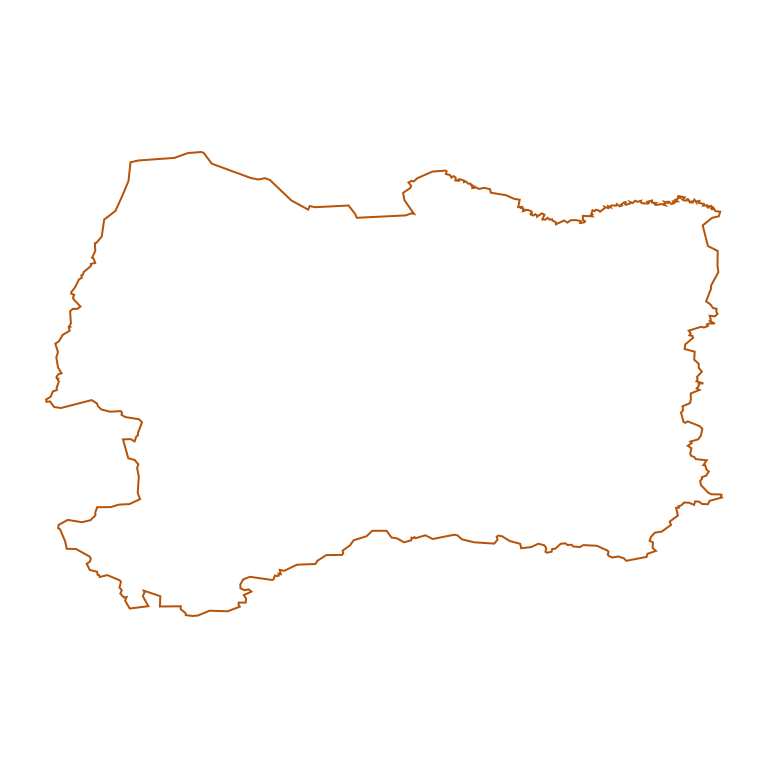 Liezēres pag., Madona, Latvia (Equal Earth projection)
{"feature_id": "27541924B78156453771197", "entity_name": "Liezēres pag.", "entity_type": "district", "adm_level": 2, "iso_a3": "LVA", "parent_name": "Latvia", "parent_adm1": "Madona", "projection": "equal_earth", "projection_center": [26.079, 57.016], "detail": "fine", "context": "isolated", "style": "outline", "palette": "amber", "viewbox_px": 768, "rotation_deg": 0, "n_neighbors": 0, "source": "geoboundaries", "source_scale": "gbopen_adm2", "svg_char_len": 6052}
<svg xmlns="http://www.w3.org/2000/svg" viewBox="0 0 768 768"><path d="M58.1,528.1L60.1,529.3L65.2,541.5L66.7,548.8L76.0,549.0L89.9,556.7L90.8,558.8L89.9,561.7L86.7,563.7L89.8,570.0L97.1,571.7L97.6,574.7L99.2,575.2L99.7,577.0L107.3,575.1L119.9,580.4L120.9,581.9L119.5,587.7L121.8,590.2L120.3,593.7L124.0,597.5L126.6,597.0L125.1,600.6L129.7,608.5L148.4,606.2L142.8,596.1L144.5,592.6L143.7,590.6L160.3,596.2L159.9,606.5L180.8,606.3L180.7,609.2L185.6,613.1L185.7,615.1L192.6,616.0L198.0,615.5L209.5,610.7L227.6,611.3L239.8,606.7L238.6,604.9L238.7,602.6L245.7,602.6L246.0,598.4L243.8,595.1L251.4,591.6L248.7,589.4L244.4,590.2L240.5,588.3L240.3,584.5L243.2,579.4L249.9,576.8L272.3,580.0L273.6,579.2L274.9,575.5L277.1,576.1L278.7,575.6L278.5,573.7L280.8,574.2L279.7,569.9L284.2,570.8L297.0,564.7L315.4,564.0L317.4,560.8L326.3,555.1L342.0,554.9L343.2,553.4L342.7,550.6L350.0,545.4L353.6,540.3L366.6,536.2L372.1,530.8L386.6,530.8L391.5,537.5L397.1,538.4L404.1,542.3L411.0,540.4L411.6,537.7L412.8,538.4L414.5,537.1L415.6,538.2L425.3,535.3L432.7,539.0L454.3,534.7L457.7,535.5L461.8,539.3L474.1,542.3L494.3,543.6L497.5,539.7L496.7,536.7L498.3,535.6L502.1,536.3L509.9,541.1L520.2,543.8L521.2,548.2L531.2,547.1L538.4,543.7L544.5,545.4L546.2,548.2L545.5,551.8L547.1,552.7L551.6,551.7L552.2,549.0L555.3,548.7L560.7,543.8L565.2,543.3L567.6,545.0L571.7,544.8L573.1,546.4L579.8,547.1L583.4,545.1L597.0,545.8L607.5,550.6L608.6,551.9L607.7,554.6L609.1,556.1L612.3,557.5L618.4,556.5L623.9,558.3L626.3,560.8L646.6,556.9L647.5,553.8L655.9,550.9L652.6,547.9L653.0,542.5L649.6,540.7L650.9,537.0L654.7,532.7L661.7,531.6L671.0,524.9L669.7,521.6L677.9,515.5L676.1,507.9L679.0,507.6L678.4,506.2L681.3,505.4L684.1,502.5L688.9,502.7L694.1,504.9L695.1,501.4L699.0,501.6L702.0,504.0L707.9,504.2L709.7,500.8L721.9,497.5L720.9,496.2L721.6,494.9L720.4,494.4L711.6,494.3L708.3,492.8L701.0,485.2L700.1,481.0L702.0,478.9L701.8,477.2L706.1,475.7L708.8,471.5L706.5,469.5L705.1,465.2L703.4,465.1L706.7,460.3L695.8,459.1L694.3,457.1L690.9,455.7L690.2,453.9L691.4,448.2L687.8,445.8L691.7,443.2L690.3,441.6L698.1,439.4L700.8,435.8L702.4,428.9L699.8,426.2L687.7,421.4L685.3,422.8L683.6,422.1L681.0,412.5L683.0,410.4L682.6,406.3L689.9,403.2L690.9,399.6L690.7,393.5L699.5,389.9L696.7,388.4L698.7,386.0L698.6,383.6L703.4,383.4L696.5,381.3L697.6,379.3L697.0,376.9L701.9,371.6L698.8,368.1L698.7,363.8L694.2,359.7L694.7,351.7L684.6,349.0L685.3,344.4L693.1,337.8L692.5,336.0L689.4,335.3L690.7,333.4L688.7,330.7L701.1,326.8L703.9,327.5L707.9,326.0L707.0,324.4L709.7,323.4L714.8,323.6L709.8,320.9L710.8,319.9L709.7,315.7L714.7,316.4L717.5,313.9L716.3,311.5L716.5,308.7L713.0,308.1L710.4,304.4L706.1,301.4L711.1,288.5L710.9,286.0L718.4,272.0L717.5,266.3L717.7,251.0L707.9,246.0L702.7,225.4L712.2,217.8L718.8,216.3L720.2,211.7L715.3,211.1L714.1,208.7L712.1,209.4L711.2,208.5L712.8,207.3L710.9,205.8L708.5,207.4L708.5,206.4L707.1,206.6L707.2,205.3L703.1,205.7L703.9,204.0L699.0,202.9L699.4,200.9L696.6,201.4L696.5,202.7L694.4,199.6L693.1,201.5L691.3,201.5L692.2,202.4L689.8,202.4L688.3,199.3L687.1,199.2L686.8,200.5L683.7,200.4L682.6,199.6L684.7,197.4L679.2,196.2L680.1,197.9L678.0,197.1L677.8,198.7L675.5,199.8L677.4,201.3L673.8,201.3L675.7,202.9L673.2,202.0L673.2,203.5L671.3,204.0L669.3,201.8L667.5,201.8L667.7,202.9L664.3,201.8L665.2,203.1L664.0,203.9L665.2,205.2L661.3,204.1L655.6,205.0L654.4,203.7L655.6,203.0L652.0,202.6L652.0,200.5L647.5,201.7L648.9,202.8L648.0,203.6L642.4,203.3L640.5,202.0L641.0,200.8L637.4,201.8L635.2,200.7L632.8,203.0L630.2,202.0L631.0,203.0L626.3,204.8L625.2,204.4L625.7,202.2L624.3,202.3L621.0,204.6L621.9,205.5L619.7,206.3L616.8,204.1L616.0,205.7L611.4,205.4L610.3,206.5L610.7,207.3L608.1,206.1L608.3,208.1L604.5,206.8L605.1,207.8L600.0,211.7L598.1,210.2L595.6,209.8L594.5,211.2L592.5,210.3L591.4,213.9L592.4,214.6L591.0,215.3L592.2,216.3L582.9,215.9L582.9,219.8L585.1,221.4L584.1,222.4L580.1,223.0L580.7,221.1L575.9,220.1L570.8,220.2L567.4,222.6L564.1,220.5L555.9,224.3L555.7,222.1L552.5,220.6L552.2,219.3L549.5,219.6L547.5,217.8L545.3,219.7L542.4,219.4L544.5,214.7L541.8,213.4L537.1,216.6L537.2,215.5L535.1,214.2L533.6,215.5L531.0,214.7L530.5,213.7L531.9,213.1L531.6,211.5L528.2,210.0L524.3,209.9L524.8,210.6L522.9,211.2L523.4,208.4L521.0,208.0L521.7,206.9L518.2,207.1L519.7,199.7L514.3,198.9L506.0,195.2L490.8,192.7L490.1,189.3L484.4,187.8L479.0,189.0L476.3,187.5L473.0,188.0L474.1,186.6L472.2,186.6L472.5,185.4L471.2,185.4L470.5,183.6L468.2,183.7L465.9,181.5L464.0,182.1L464.1,180.6L459.5,179.2L458.4,179.6L458.8,180.7L454.6,180.5L455.7,180.1L455.6,177.6L453.4,176.1L451.4,177.6L450.0,175.0L446.0,174.1L446.6,171.2L445.6,170.6L432.4,171.6L417.3,178.2L413.7,181.5L411.6,180.8L408.5,182.5L411.1,185.6L410.2,188.1L403.1,192.8L404.4,200.1L414.0,213.9L411.6,213.3L405.7,215.4L356.8,217.8L355.3,214.2L348.6,205.5L315.4,207.2L309.7,206.1L308.1,209.6L291.3,200.4L269.9,180.0L265.1,178.2L258.3,179.5L250.8,178.0L211.8,163.7L203.6,152.8L201.0,152.0L187.7,153.1L174.4,157.9L138.2,160.5L130.5,162.3L128.5,181.0L122.4,195.6L115.5,210.8L104.2,219.6L101.7,236.6L96.4,242.8L94.9,243.2L95.3,250.8L92.1,257.8L93.5,258.4L95.2,262.9L90.8,264.0L90.9,266.0L83.7,272.0L83.1,274.5L81.3,275.5L81.9,277.7L78.9,279.5L75.2,287.1L71.1,292.4L71.2,293.6L74.2,294.9L72.9,297.9L74.0,299.7L80.5,306.6L77.5,308.8L72.8,308.9L70.1,311.3L70.9,323.3L69.4,326.0L70.2,326.7L68.7,327.0L69.7,330.7L62.7,334.9L58.8,341.4L55.3,343.7L58.0,352.1L56.3,357.3L58.0,367.4L61.5,373.3L58.6,374.1L56.7,376.4L56.5,377.8L58.0,378.5L57.3,379.0L58.9,381.3L56.6,388.0L56.9,390.0L52.9,391.4L50.7,396.7L46.1,399.5L46.5,401.8L50.0,401.4L54.1,407.0L61.0,408.0L91.6,400.1L96.8,403.3L98.0,406.3L101.4,409.5L110.2,411.7L120.8,411.1L122.0,412.7L121.4,414.7L125.1,417.0L138.7,419.2L141.0,421.1L142.0,422.4L138.1,432.4L137.9,435.3L136.3,436.5L134.6,441.4L130.6,439.1L123.0,439.4L128.3,458.3L134.6,459.9L138.3,464.3L137.1,468.0L138.8,476.8L137.7,492.7L140.0,499.2L129.4,504.1L119.0,504.6L110.8,507.1L97.2,507.2L95.3,512.3L95.4,515.4L90.4,520.2L81.9,522.2L67.8,519.9L58.7,524.8L58.1,528.1Z" fill="none" stroke="#b45309" stroke-width="2"/></svg>